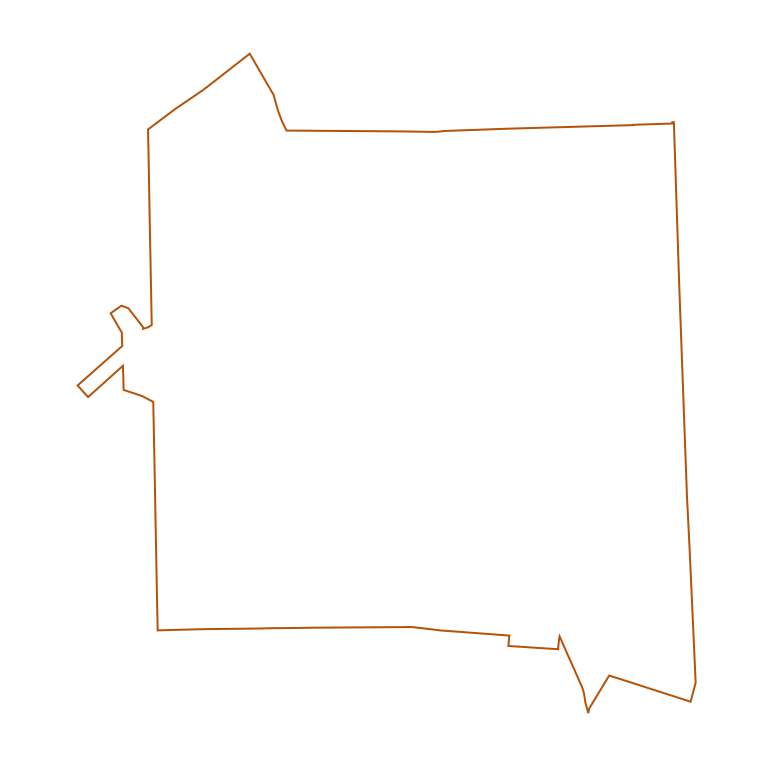 outline of Broken Hill, New South Wales, Australia, rotated 89°
{"feature_id": "25037944B37547853464186", "entity_name": "Broken Hill", "entity_type": "district", "adm_level": 2, "iso_a3": "AUS", "parent_name": "Australia", "parent_adm1": "New South Wales", "projection": "albers", "projection_center": [141.499, -31.951], "detail": "fine", "context": "isolated", "style": "outline", "palette": "amber", "viewbox_px": 768, "rotation_deg": 89, "n_neighbors": 0, "source": "geoboundaries", "source_scale": "gbopen_adm2", "svg_char_len": 1855}
<svg xmlns="http://www.w3.org/2000/svg" viewBox="0 0 768 768"><g transform="rotate(89 384 384)"><path d="M132.7,326.6L132.8,328.4L132.7,334.1L131.8,360.3L130.6,408.3L129.9,437.4L129.7,445.7L129.4,455.5L129.4,457.2L129.0,473.2L129.0,474.6L128.9,477.1L118.9,481.7L109.5,485.0L100.0,487.6L93.1,489.3L51.4,512.5L84.5,556.5L85.3,557.9L86.4,559.0L104.6,586.8L108.2,591.8L114.7,600.8L125.4,615.5L161.7,615.4L162.9,615.4L168.3,615.4L172.3,615.4L228.0,615.4L231.6,615.4L232.6,615.4L254.9,615.3L267.6,615.3L321.0,615.2L323.2,618.8L324.6,624.0L323.1,623.8L303.8,638.3L301.1,645.1L308.5,656.1L328.2,645.2L338.4,645.2L341.3,644.9L380.1,690.4L391.9,680.1L361.2,644.7L385.4,644.4L391.9,625.9L397.9,615.0L405.3,615.0L449.9,614.9L509.1,614.8L516.4,614.8L591.4,614.7L626.4,614.6L626.2,596.9L626.0,571.8L626.0,569.1L626.0,566.4L626.0,565.1L626.0,563.8L626.3,514.6L626.2,501.3L626.2,496.2L626.3,492.7L626.4,472.3L626.4,460.8L627.0,405.8L627.5,359.9L631.5,330.8L631.5,330.5L631.6,329.6L633.2,311.8L633.3,310.6L634.1,302.4L637.7,263.1L648.1,264.2L649.7,244.8L649.9,242.8L652.2,214.6L642.9,213.5L639.5,212.8L643.8,211.0L650.0,208.4L653.0,207.1L655.6,206.0L657.1,205.4L659.0,204.6L663.7,202.6L665.9,201.6L669.1,200.3L671.2,199.4L672.7,198.7L674.7,197.9L677.5,196.8L678.7,196.2L679.6,195.8L681.1,195.2L682.6,194.6L686.9,192.8L688.0,192.3L689.9,191.5L690.8,191.2L691.9,190.8L692.5,190.6L693.4,190.3L693.9,190.2L694.3,190.1L696.3,189.6L697.0,189.4L697.7,189.3L698.6,189.2L699.6,189.0L701.9,188.8L703.0,188.6L703.9,188.5L704.4,188.4L705.3,188.3L706.5,188.1L708.5,187.6L713.0,186.4L713.9,186.2L714.4,186.1L716.6,185.5L711.9,184.4L679.4,163.9L707.0,83.0L688.1,77.6L554.7,81.3L499.5,83.1L498.6,83.1L289.9,87.1L127.3,89.6L127.3,91.1L128.6,91.1L129.2,130.2L129.5,130.2L130.9,256.0L131.8,304.6L132.1,320.1L132.7,325.3L132.7,326.6Z" fill="none" stroke="#b45309" stroke-width="2"/></g></svg>